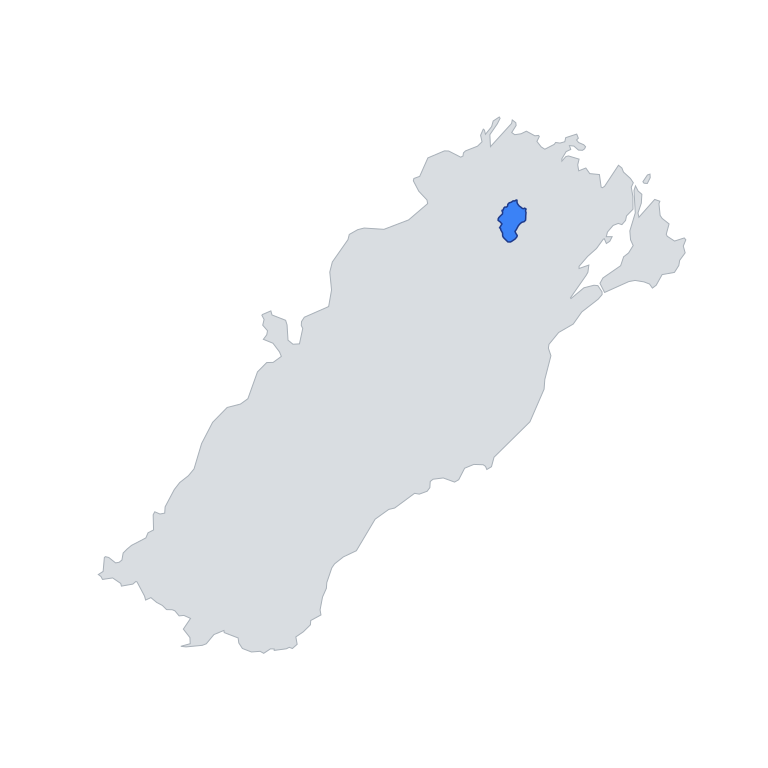 Turkey, with Usak highlighted, rotated 133°
{"feature_id": "TUR-3014", "entity_name": "Usak", "entity_type": "Province", "adm_level": 1, "iso_a3": "TUR", "parent_name": "Turkey", "parent_adm1": "", "projection": "natural_earth1", "projection_center": [29.308, 38.549], "detail": "fine", "context": "in_parent", "style": "filled", "palette": "blue", "viewbox_px": 768, "rotation_deg": 133, "n_neighbors": 0, "source": "natural_earth", "source_scale": "10m", "svg_char_len": 4541}
<svg xmlns="http://www.w3.org/2000/svg" viewBox="0 0 768 768"><g transform="rotate(133 384 384)"><path d="M595.9,272.6L606.9,276.3L610.3,273.6L620.2,274.0L629.1,276.0L633.6,270.0L639.9,270.6L641.2,273.7L644.2,274.8L653.7,282.6L652.7,283.6L655.1,286.4L663.0,288.3L664.0,292.3L670.4,298.2L674.0,307.2L672.4,313.6L669.2,317.5L674.8,331.3L673.4,333.0L683.2,337.5L695.2,336.8L699.1,338.7L711.3,349.5L714.4,353.7L706.1,348.6L701.8,353.0L700.1,363.6L687.4,365.6L689.7,372.5L693.3,375.7L692.5,382.3L693.5,384.9L697.3,389.2L697.1,395.1L698.8,401.3L699.2,408.8L704.6,411.0L702.4,414.5L697.2,429.6L697.6,430.8L701.6,431.2L710.9,438.2L709.4,440.5L710.9,450.2L718.9,456.6L717.8,459.8L718.2,463.0L712.6,461.6L701.6,470.2L700.3,470.0L698.6,467.0L697.9,458.3L695.0,456.1L691.5,455.6L685.5,459.5L679.8,459.3L674.2,458.6L659.0,453.2L653.7,455.1L647.9,453.0L637.1,463.6L633.8,464.5L631.9,459.2L628.0,456.3L623.1,460.3L604.2,465.4L595.4,466.2L584.6,464.5L575.7,465.0L551.9,476.8L528.9,483.2L508.1,482.7L496.6,475.3L487.6,473.5L461.4,484.8L448.3,484.4L443.8,479.8L433.8,477.9L431.8,482.3L429.9,493.0L433.6,502.7L428.0,503.3L424.5,505.5L423.7,512.8L418.6,515.7L417.0,520.2L416.1,520.3L407.7,516.6L409.9,513.0L404.5,499.4L406.9,495.2L417.4,484.1L417.0,477.7L412.3,473.2L398.8,481.3L397.6,484.4L394.6,486.9L389.5,487.8L365.1,477.3L351.0,486.5L339.1,500.0L330.0,505.0L303.0,508.8L298.3,511.4L289.1,508.5L283.5,504.9L270.9,489.5L247.2,477.9L222.3,475.1L220.1,478.1L219.3,490.0L215.4,501.1L213.3,502.3L207.8,499.5L188.7,506.1L172.3,498.8L169.5,495.6L165.8,482.6L163.4,481.7L160.8,483.5L158.0,483.4L146.3,477.8L140.0,477.5L136.2,483.0L129.9,485.2L129.8,483.7L132.2,480.1L122.4,480.8L117.2,483.5L110.1,481.8L110.5,480.3L116.3,478.6L129.5,476.6L137.8,468.0L106.4,468.4L103.4,470.3L103.0,465.8L104.8,463.7L113.0,462.1L112.5,458.4L107.5,454.4L102.0,452.3L99.6,442.9L96.8,440.5L97.1,439.2L102.3,437.6L103.4,430.7L102.6,426.5L92.6,422.9L90.3,423.2L87.8,419.6L83.5,417.0L79.9,419.1L69.8,413.5L71.7,409.5L74.2,409.6L74.7,406.4L72.8,401.1L73.0,398.4L75.2,397.7L77.7,398.2L80.3,401.3L80.5,407.4L83.2,411.0L85.1,407.4L89.8,409.3L98.1,407.5L99.7,405.9L93.6,406.1L91.4,404.6L86.5,394.7L91.6,391.8L95.3,387.0L88.4,383.7L89.8,377.0L83.9,369.3L91.9,359.5L91.5,358.1L89.0,357.5L64.1,361.7L63.8,357.3L65.7,353.4L65.6,344.0L66.8,338.9L71.4,337.4L77.1,329.9L86.3,321.1L95.7,321.3L99.6,318.9L105.2,318.7L106.8,322.2L111.8,324.6L120.5,324.2L124.7,321.9L120.7,317.6L125.7,316.2L129.6,317.2L127.5,322.0L128.7,322.4L140.0,321.0L151.8,322.1L164.9,321.6L166.5,320.1L157.3,315.3L163.2,311.1L166.5,310.3L193.9,306.4L194.0,305.5L177.3,303.4L168.6,297.8L166.2,294.7L167.9,287.4L169.8,285.5L175.8,285.2L196.4,288.5L211.1,286.5L227.2,291.4L242.5,290.4L245.7,288.2L249.5,281.2L271.0,269.5L278.6,263.4L312.1,251.5L362.5,253.6L371.2,249.0L376.4,250.5L375.0,253.6L375.4,256.4L381.6,263.5L390.6,267.6L403.0,264.1L407.6,265.5L412.3,276.6L420.2,283.2L423.8,283.7L428.5,279.8L433.0,279.3L440.5,283.1L443.1,287.1L467.4,291.6L472.5,295.0L488.9,298.3L524.8,290.5L538.1,295.8L549.3,297.5L554.0,296.8L568.3,290.4L572.7,286.8L581.7,283.7L592.8,276.7L595.9,272.6ZM130.8,253.1L129.8,258.0L132.0,263.5L137.0,271.0L142.1,274.8L166.6,285.1L163.1,294.7L157.1,296.2L136.1,291.6L127.5,295.5L121.4,294.5L112.8,296.2L110.4,302.0L104.4,308.6L87.5,316.9L72.0,333.1L67.6,335.2L69.6,329.7L69.4,324.8L76.2,319.2L85.7,314.9L88.2,311.3L64.4,311.9L62.2,306.9L64.6,305.9L72.4,297.0L73.2,293.5L72.5,284.7L82.0,279.7L82.8,277.6L81.3,269.0L72.4,264.0L72.7,261.6L79.0,259.2L82.7,253.2L91.9,252.1L96.3,249.2L104.3,247.7L114.3,255.2L126.1,252.3L130.8,253.1ZM59.5,332.6L51.5,333.9L49.1,332.6L51.6,330.0L57.8,328.2L59.8,330.8L59.5,332.6Z" fill="#d9dde1" stroke="#a8b0b8" stroke-width="1"/><path d="M188.6,387.0L192.9,388.0L193.9,388.4L195.6,390.3L195.5,394.8L195.4,396.6L194.8,398.2L192.7,400.3L192.2,402.0L191.6,403.8L190.8,404.8L190.9,406.0L186.5,406.9L186.2,409.6L186.5,412.1L185.4,413.1L184.1,413.5L181.4,413.5L178.9,413.3L177.2,414.6L177.2,415.2L176.7,416.0L176.3,416.1L175.4,415.5L175.0,415.7L174.5,416.0L173.3,416.4L172.2,416.3L171.1,415.1L169.8,414.9L168.1,416.0L166.1,416.0L164.2,414.9L162.1,414.5L160.8,413.1L159.8,413.0L158.9,412.4L159.2,411.7L160.2,410.9L160.9,409.8L161.3,408.5L161.6,406.4L161.3,404.3L161.3,403.2L161.1,402.3L160.4,401.3L159.4,401.0L159.2,399.4L160.2,399.1L161.3,398.0L161.7,397.1L164.4,395.0L165.7,393.8L167.6,392.2L169.6,392.2L171.8,393.5L174.1,393.8L176.6,393.7L181.0,392.5L183.0,392.3L183.9,390.3L184.5,387.9L185.4,387.3L186.3,387.1L188.6,387.0Z" fill="#3b82f6" stroke="#1e3a8a" stroke-width="1.5"/></g></svg>